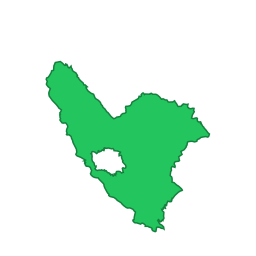 the district of Antsirabe II, Vakinankaratra, Madagascar, rotated 316°
{"feature_id": "10022922B65379850816186", "entity_name": "Antsirabe II", "entity_type": "district", "adm_level": 2, "iso_a3": "MDG", "parent_name": "Madagascar", "parent_adm1": "Vakinankaratra", "projection": "natural_earth1", "projection_center": [47.084, -19.841], "detail": "fine", "context": "isolated", "style": "filled", "palette": "green", "viewbox_px": 256, "rotation_deg": 316, "n_neighbors": 0, "source": "geoboundaries", "source_scale": "gbopen_adm2", "svg_char_len": 5803}
<svg xmlns="http://www.w3.org/2000/svg" viewBox="0 0 256 256"><g transform="rotate(316 128 128)"><path d="M72.1,210.7L74.1,212.7L74.2,213.5L75.5,216.2L75.5,216.9L74.6,217.8L74.5,219.1L75.5,221.4L76.3,221.7L79.4,219.5L80.1,219.5L81.6,221.2L82.3,223.3L83.6,224.9L83.7,225.6L84.9,223.9L84.9,221.4L84.2,219.3L84.4,217.8L84.9,216.5L85.1,215.3L85.4,215.4L86.2,214.9L86.4,215.0L86.3,215.9L86.0,216.2L86.2,216.9L86.0,217.7L86.2,218.1L87.0,218.3L88.0,218.0L88.8,218.9L89.4,218.0L90.0,218.2L90.8,218.1L91.4,217.6L92.2,216.3L95.3,213.5L95.2,211.2L95.6,210.6L95.8,209.9L96.6,210.7L97.1,210.8L98.0,209.8L98.6,209.8L98.8,210.2L98.9,211.6L99.1,211.8L100.1,209.6L101.0,210.1L101.1,209.1L101.9,209.3L102.3,210.2L103.8,209.1L105.8,208.4L107.0,210.3L107.5,210.0L108.2,211.0L109.2,210.5L109.5,209.8L110.5,209.8L110.8,209.3L111.1,209.7L115.0,209.1L119.5,209.2L121.7,209.6L123.5,210.5L123.9,210.5L124.2,209.3L124.2,208.0L124.0,205.0L123.4,202.8L123.2,199.4L122.1,197.4L123.4,196.3L124.8,194.7L125.4,193.6L125.3,191.5L128.6,188.9L129.5,188.8L130.0,188.5L131.1,186.9L132.1,186.5L133.2,186.4L134.4,188.9L135.3,188.3L135.8,187.4L136.2,186.0L136.9,185.4L137.9,185.1L138.7,185.1L141.4,187.1L142.4,187.2L144.5,183.9L148.5,184.6L149.8,181.6L153.3,182.6L154.9,182.4L157.0,182.0L157.3,181.4L158.5,181.3L160.5,179.8L161.2,179.5L162.0,179.8L163.9,181.2L164.9,182.1L166.2,184.2L167.5,185.0L168.6,185.3L169.2,184.7L169.8,184.6L170.9,184.8L171.8,185.3L173.8,185.4L175.5,186.4L178.0,188.2L179.1,190.0L180.4,190.0L182.4,188.9L182.2,187.0L182.7,183.5L182.7,181.0L183.1,180.0L182.9,178.9L183.5,176.7L183.3,175.1L183.7,174.7L184.1,175.1L184.5,174.0L183.0,172.8L182.8,171.4L183.6,170.0L184.5,169.4L184.5,168.7L184.0,168.0L181.7,166.8L180.8,165.7L180.7,165.0L183.5,163.3L186.8,162.4L187.1,162.2L187.3,161.0L189.1,159.8L188.4,158.8L186.5,157.7L185.5,156.3L185.6,155.6L185.4,154.8L185.6,154.2L186.6,153.2L187.7,152.6L186.4,151.7L184.6,149.2L183.9,149.4L183.6,149.0L183.0,149.3L182.4,149.0L181.4,149.3L179.0,147.4L179.0,146.9L179.9,143.8L179.8,143.0L180.1,141.7L180.4,140.8L178.1,140.3L177.1,139.2L175.8,138.2L175.1,137.2L175.0,136.6L175.5,135.4L175.4,134.8L174.3,133.8L173.7,131.7L173.1,131.1L172.3,130.8L172.1,130.5L172.3,127.5L172.1,124.9L171.5,123.1L169.1,120.8L169.0,119.4L167.8,118.6L167.2,118.9L164.1,115.6L163.1,115.4L163.4,113.7L163.1,113.2L162.4,113.0L160.7,113.1L159.9,114.1L159.4,114.3L158.7,114.1L158.5,113.4L158.0,112.9L156.3,113.8L155.6,113.9L148.8,112.2L147.0,113.2L145.2,113.5L143.1,112.3L141.5,110.9L141.2,111.0L140.4,111.5L139.5,113.2L138.6,113.9L138.2,114.6L137.5,115.3L136.9,115.4L135.8,115.1L134.4,114.0L132.6,113.7L130.8,114.3L130.0,114.1L127.4,112.3L125.8,112.2L124.2,111.4L123.8,108.2L124.3,103.1L124.0,101.6L124.6,98.2L124.4,96.2L124.5,95.4L125.0,94.3L125.1,92.2L125.8,90.7L126.0,89.2L125.8,86.9L125.2,84.9L125.2,83.4L126.7,79.8L125.6,77.4L125.0,73.7L125.5,70.6L125.9,69.8L126.4,69.4L126.8,69.9L127.3,70.1L127.1,67.2L126.3,66.5L126.4,65.8L127.0,64.5L126.7,60.9L126.9,58.2L127.3,57.6L127.0,55.7L127.5,55.2L128.0,55.3L128.2,54.9L128.8,52.1L128.1,49.7L128.0,48.0L128.8,46.8L129.1,45.2L130.0,43.9L127.5,44.0L127.3,43.7L127.1,42.9L127.3,42.3L127.7,41.1L127.9,40.9L127.7,40.5L128.2,39.9L127.6,38.7L126.7,39.5L125.9,38.9L125.9,35.9L125.5,33.2L121.2,30.4L117.9,31.8L114.6,34.7L114.1,34.7L113.4,34.0L112.7,33.8L111.5,34.7L107.7,35.8L105.5,36.1L104.4,35.5L104.1,35.5L102.9,36.3L102.3,38.4L99.8,39.7L99.5,40.3L99.2,42.6L99.5,45.7L95.9,47.4L94.8,48.4L93.5,50.3L92.7,55.6L92.7,61.4L92.4,64.4L92.1,65.6L92.7,68.7L91.1,69.5L89.3,69.8L89.0,71.1L88.0,71.1L87.6,72.0L86.7,72.8L85.9,74.5L85.0,74.7L84.5,75.2L84.1,78.5L84.8,79.5L86.7,81.0L86.7,81.7L86.3,84.1L85.4,85.4L82.9,86.4L81.3,87.8L80.6,89.5L79.3,89.8L79.2,90.3L79.5,90.8L80.9,92.0L81.2,94.6L80.2,96.2L79.6,98.2L78.3,100.4L76.2,107.3L74.7,109.4L74.2,109.9L72.2,110.7L72.0,111.3L72.0,112.7L73.6,116.2L75.1,121.5L73.6,121.1L74.1,121.7L73.4,122.3L73.5,123.4L73.0,123.6L72.5,123.1L72.2,123.3L72.1,123.7L72.4,123.9L71.6,125.0L71.6,125.8L71.4,126.4L73.0,128.3L73.5,130.2L72.7,131.9L72.5,133.1L70.0,134.6L69.5,134.6L69.0,135.4L68.8,136.5L68.9,138.4L69.5,140.1L70.7,141.9L71.9,143.1L71.6,145.0L71.7,150.9L71.4,152.1L70.6,152.9L69.8,154.7L68.5,159.2L68.1,161.4L68.3,162.4L67.3,163.2L67.3,163.8L67.6,165.0L69.6,168.1L70.1,170.7L70.0,172.6L71.1,176.9L70.9,178.9L71.0,181.0L71.5,184.0L72.1,185.3L73.9,186.8L75.1,189.9L74.8,192.2L75.0,193.6L70.5,196.5L68.9,198.0L68.5,198.1L68.0,197.7L67.5,197.7L67.0,198.4L66.9,200.1L67.1,201.0L68.3,202.2L70.3,205.9L71.9,206.1L72.5,206.9L72.9,208.4L73.0,209.6L72.8,210.2L72.1,210.7ZM85.4,120.1L86.4,120.5L87.0,121.5L87.4,122.4L87.7,124.6L89.7,124.7L90.6,123.8L90.9,123.9L91.2,124.0L90.8,125.3L92.6,126.0L94.4,125.9L94.7,126.3L94.7,127.0L95.2,127.1L94.9,127.2L95.1,127.5L95.8,127.0L96.3,126.0L97.2,125.8L97.6,126.2L97.9,127.2L98.8,128.0L99.9,128.6L101.8,131.7L102.9,132.3L102.8,133.7L102.2,134.6L104.5,137.3L105.8,140.2L105.2,140.5L103.7,140.3L102.3,141.8L103.9,142.6L104.1,143.0L103.5,144.3L102.8,144.8L101.7,147.3L101.7,148.0L100.9,148.3L100.5,149.1L100.4,153.1L100.0,154.0L99.2,154.7L98.6,155.0L97.9,154.9L97.4,154.4L97.0,153.5L96.6,153.1L95.9,153.1L93.9,156.5L93.7,156.1L93.1,156.3L92.2,156.0L92.0,154.0L91.7,153.3L90.9,152.4L89.6,151.4L88.6,151.7L87.8,152.2L87.7,152.7L86.8,152.0L86.9,152.4L86.4,153.0L86.4,152.3L86.1,151.9L85.1,151.9L85.0,152.4L84.0,152.3L83.9,152.0L84.2,151.8L84.1,151.4L84.4,151.2L84.4,150.3L83.7,149.9L83.0,149.9L83.2,149.4L83.0,148.6L83.0,148.2L83.3,148.2L83.1,147.0L82.3,145.7L82.6,143.6L81.9,143.3L81.6,142.9L81.9,142.7L81.7,142.3L82.0,142.2L82.0,141.8L80.7,141.3L79.8,139.6L79.1,139.5L78.0,138.1L76.4,137.3L75.8,135.6L76.0,134.3L77.6,134.0L78.4,133.4L78.1,133.3L77.9,131.8L79.3,129.5L79.3,127.2L80.5,125.2L82.4,123.6L84.3,121.0L83.6,121.0L83.5,120.8L84.5,120.8L85.4,120.1Z" fill="#22c55e" stroke="#15803d" stroke-width="1.5"/></g></svg>